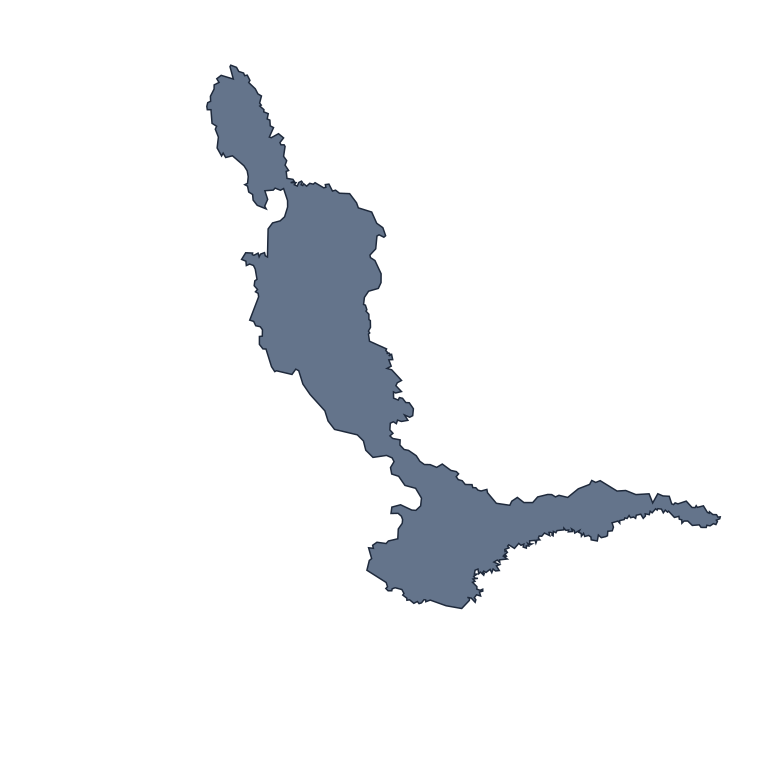 Medio San Juan (Andagoya), Chocó, Colombia, rotated 315°
{"feature_id": "7082276B61520359869131", "entity_name": "Medio San Juan (Andagoya)", "entity_type": "district", "adm_level": 2, "iso_a3": "COL", "parent_name": "Colombia", "parent_adm1": "Chocó", "projection": "robinson", "projection_center": [-76.781, 4.808], "detail": "fine", "context": "isolated", "style": "filled", "palette": "slate", "viewbox_px": 768, "rotation_deg": 315, "n_neighbors": 0, "source": "geoboundaries", "source_scale": "gbopen_adm2", "svg_char_len": 6128}
<svg xmlns="http://www.w3.org/2000/svg" viewBox="0 0 768 768"><g transform="rotate(315 384 384)"><path d="M477.6,192.9L475.3,192.7L473.4,189.6L469.2,189.4L468.8,185.6L466.9,186.2L466.3,184.5L468.9,183.7L469.1,182.2L466.3,181.3L462.6,182.7L461.5,179.7L464.1,179.4L460.4,175.6L463.8,177.4L464.3,174.9L460.8,170.0L465.2,164.5L467.5,165.6L468.8,159.3L473.1,157.3L474.0,152.0L482.0,146.1L482.5,144.2L480.3,142.0L481.1,139.7L487.0,139.0L486.4,132.4L478.4,130.1L477.5,128.3L487.2,124.6L486.1,121.0L489.9,116.7L488.8,114.0L493.3,111.0L491.4,106.5L493.1,105.1L492.7,99.6L494.4,100.0L494.7,97.4L501.0,93.7L500.0,89.7L501.7,84.3L501.5,75.2L503.9,74.5L505.7,68.9L503.5,67.4L504.6,64.8L502.3,60.3L503.6,55.8L501.1,50.2L499.5,50.7L493.1,61.8L487.1,50.6L481.6,49.9L480.6,54.1L475.4,52.4L472.4,55.3L464.7,57.8L461.3,61.5L458.3,60.4L455.0,62.4L453.0,65.1L455.6,67.7L446.7,78.1L447.9,83.4L444.9,84.5L441.5,92.3L432.9,99.1L430.4,107.9L433.5,107.0L432.2,111.9L438.2,115.5L439.3,130.7L438.0,136.5L434.6,141.4L429.4,145.6L426.5,144.6L427.4,147.6L424.1,152.6L425.1,157.1L421.5,161.4L420.7,168.0L424.5,176.9L425.4,173.9L432.3,171.2L436.4,163.1L442.8,168.6L445.5,168.5L447.8,173.8L451.2,174.8L445.5,186.1L441.0,190.7L431.9,195.5L425.9,195.2L419.1,191.3L411.7,192.4L391.4,211.8L390.7,209.4L392.4,206.6L388.5,204.8L385.6,205.8L387.5,202.4L383.0,201.0L382.4,199.4L383.7,198.5L379.0,193.4L371.4,195.2L373.2,199.5L370.4,202.9L373.8,204.2L375.5,207.9L374.2,211.7L368.2,220.2L365.6,219.7L361.7,222.7L361.4,227.7L358.3,227.9L359.1,230.9L357.0,233.7L334.2,243.9L336.1,247.6L334.5,252.1L337.0,256.0L336.4,259.7L331.8,264.1L329.5,262.3L323.9,267.9L323.2,273.6L325.3,275.8L316.7,292.2L315.5,298.0L317.3,298.6L325.7,312.2L332.1,311.1L333.1,314.3L326.6,326.7L324.3,339.2L323.2,361.2L318.3,370.6L316.9,381.1L329.2,401.1L329.2,409.7L324.3,417.9L324.3,428.1L335.3,436.3L337.5,442.0L336.2,446.0L329.5,447.7L325.8,453.1L329.1,459.6L327.1,470.5L332.6,480.1L329.8,491.2L323.7,496.1L317.2,495.9L314.5,492.8L310.3,481.1L302.5,476.6L297.4,480.5L302.5,485.4L302.8,489.8L301.3,493.0L298.4,495.4L291.6,496.6L284.3,503.2L276.1,498.1L272.7,498.3L267.1,490.9L261.9,490.0L260.3,492.7L257.3,488.9L251.8,498.7L248.8,498.4L240.2,503.6L245.2,525.9L243.1,529.9L240.7,529.9L240.7,533.1L243.3,535.7L244.9,534.6L247.8,535.9L251.3,542.0L250.0,546.2L248.0,546.5L248.7,551.5L247.3,553.1L249.5,554.7L250.0,560.2L253.8,561.4L253.5,564.1L255.8,565.3L259.8,564.8L260.8,566.1L259.6,567.5L263.9,569.5L271.1,584.7L280.2,597.7L291.3,597.4L292.9,596.1L292.1,593.8L294.3,597.1L294.1,602.8L296.4,601.5L296.7,599.0L300.4,598.5L302.4,602.2L304.4,598.6L307.4,600.3L308.7,598.9L306.1,597.8L304.6,594.7L306.4,593.0L306.4,586.8L308.8,587.9L309.0,584.8L313.0,587.9L311.1,585.7L311.4,583.4L315.4,584.2L313.5,582.3L316.7,580.1L319.6,581.3L316.9,585.2L319.2,585.2L319.3,589.7L321.0,588.8L320.4,587.1L322.2,586.8L322.9,589.4L327.9,590.1L326.8,593.6L330.3,592.0L330.7,595.1L333.6,597.4L334.9,592.1L338.0,593.5L335.8,587.6L339.6,588.6L339.7,592.0L341.3,590.0L347.4,594.9L346.6,590.0L348.3,589.9L347.6,591.7L348.8,592.4L349.1,590.0L352.2,590.3L352.5,588.3L351.2,588.0L352.4,586.4L356.6,588.3L356.8,586.0L358.5,585.9L360.0,592.5L366.6,592.0L366.8,594.9L369.6,596.1L367.1,597.7L368.6,600.7L370.2,599.1L371.9,601.0L372.9,598.3L373.6,601.1L375.5,601.7L374.0,600.1L376.1,597.9L380.3,601.4L378.9,603.9L381.8,602.5L384.0,604.4L384.2,602.1L386.2,601.2L387.9,603.2L392.0,602.8L394.0,608.5L395.7,605.6L396.7,606.4L397.6,608.7L395.9,609.5L396.2,610.9L399.5,608.0L400.4,610.7L402.7,610.0L408.0,614.3L409.3,613.1L409.1,616.1L411.3,617.8L409.7,618.8L413.0,621.6L414.2,619.1L414.9,622.1L413.5,624.3L418.9,625.8L416.8,626.5L417.7,629.1L416.0,631.2L419.5,630.7L418.1,633.7L421.6,635.8L422.1,638.5L420.3,640.7L423.8,645.8L428.8,642.4L429.0,646.3L432.9,648.7L434.7,649.3L438.1,646.4L441.6,649.2L445.0,647.5L447.1,643.4L452.4,646.3L452.3,649.1L454.0,647.2L458.0,649.7L459.6,649.0L460.8,651.0L464.3,650.3L463.8,652.9L466.4,654.5L466.9,656.9L469.6,655.2L473.5,657.6L472.3,662.3L475.5,662.2L476.9,660.5L479.2,664.0L482.2,662.2L482.5,664.7L487.8,664.3L488.0,666.3L489.5,665.8L491.7,668.7L490.4,672.6L493.7,672.1L493.9,675.1L495.3,675.2L495.0,683.7L498.9,686.1L497.2,688.4L498.5,690.6L496.2,693.1L499.3,693.1L501.9,695.7L502.0,702.0L507.3,706.5L506.8,709.6L510.4,713.3L512.4,712.2L514.3,714.9L518.2,715.7L519.3,718.1L522.5,717.0L522.7,715.3L526.1,716.7L527.8,715.7L526.0,714.2L526.7,711.5L524.2,708.8L523.8,704.4L522.6,705.3L521.9,703.5L523.7,696.0L518.3,692.8L518.7,690.8L516.6,691.4L514.5,689.1L514.9,680.5L507.1,676.6L505.8,673.9L503.5,674.0L502.7,672.2L506.3,665.1L502.1,660.4L500.0,655.2L489.9,658.1L493.8,649.1L483.9,640.3L479.6,630.2L473.1,624.5L468.5,605.2L464.1,603.3L462.7,599.1L458.4,600.4L447.3,595.5L433.7,594.1L429.0,586.4L425.4,585.1L424.4,580.8L421.7,577.9L412.8,572.5L405.3,573.0L399.1,566.8L398.1,558.5L391.5,557.2L387.2,558.7L379.1,547.8L380.3,534.1L382.2,531.3L377.0,528.3L375.4,525.5L375.6,522.3L373.5,520.0L375.1,517.4L370.4,512.5L370.9,507.7L368.9,504.1L369.5,500.6L373.2,500.3L373.2,497.1L370.2,492.4L368.6,481.8L362.3,480.2L359.6,473.6L355.6,469.5L354.7,464.0L356.1,457.5L354.4,448.3L351.9,444.5L352.1,438.4L355.9,434.9L351.6,428.6L351.5,424.9L355.5,425.2L355.7,420.6L360.7,416.2L363.9,417.3L364.7,420.8L368.0,419.1L369.8,422.8L375.2,426.6L376.6,420.5L378.7,425.7L381.9,426.7L387.3,422.3L388.6,415.1L386.3,412.5L387.0,407.2L385.3,404.5L382.7,405.4L380.8,400.8L385.1,396.3L385.9,398.6L391.0,401.7L391.2,393.6L394.3,392.5L398.9,393.9L399.5,379.4L397.1,375.1L401.7,376.5L404.5,370.3L407.4,372.9L410.3,368.4L407.2,367.5L409.4,367.5L409.4,365.6L407.3,364.4L408.8,364.8L408.9,361.6L410.6,361.0L404.0,343.5L408.3,337.7L410.0,337.8L410.4,335.6L414.5,334.4L419.2,329.5L418.9,327.8L422.6,324.0L422.8,319.7L424.4,319.4L426.6,315.1L425.8,313.3L431.4,308.9L438.7,307.5L447.6,312.4L453.6,310.2L459.9,304.0L464.9,290.3L463.8,285.0L465.2,282.9L473.7,282.6L483.6,274.4L486.0,275.0L487.7,280.1L490.0,280.3L493.7,272.7L492.5,265.2L496.9,253.7L490.4,241.3L492.7,236.5L494.3,225.1L487.4,217.6L486.8,212.7L484.0,211.1L486.4,203.7L483.5,201.5L482.0,203.8L480.1,202.7L477.6,192.9Z" fill="#64748b" stroke="#1e293b" stroke-width="1.5"/></g></svg>